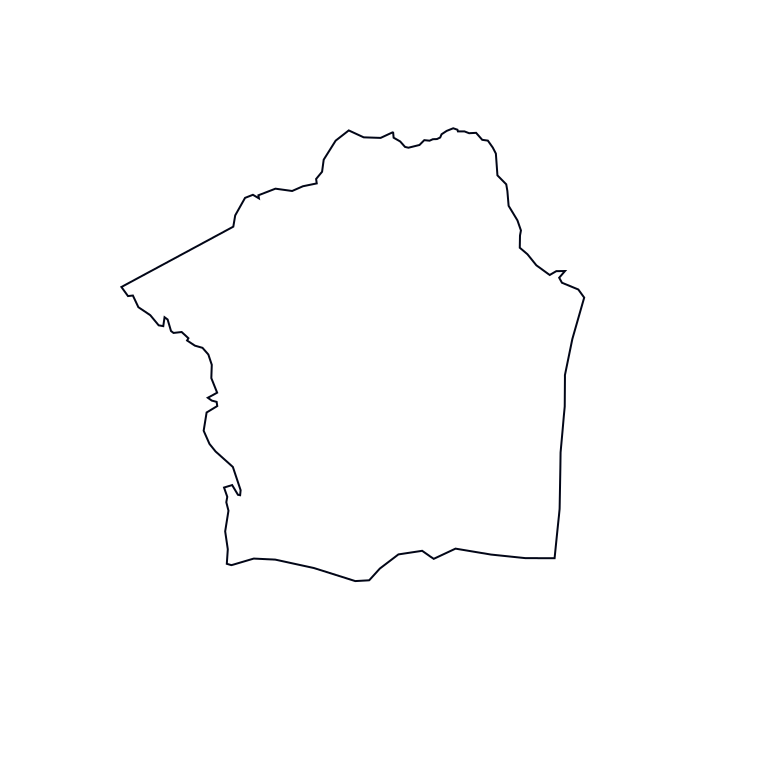 the district of Santa Isabel, Puerto Rico, rotated 320°
{"feature_id": "32010507B73228350773325", "entity_name": "Santa Isabel", "entity_type": "district", "adm_level": 2, "iso_a3": "PRI", "parent_name": "Puerto Rico", "parent_adm1": "", "projection": "natural_earth1", "projection_center": [-66.389, 17.99], "detail": "fine", "context": "isolated", "style": "outline", "palette": "ink", "viewbox_px": 768, "rotation_deg": 320, "n_neighbors": 0, "source": "geoboundaries", "source_scale": "gbopen_adm2", "svg_char_len": 1906}
<svg xmlns="http://www.w3.org/2000/svg" viewBox="0 0 768 768"><g transform="rotate(320 384 384)"><path d="M245.2,140.9L244.4,152.1L248.5,154.8L245.2,167.3L249.2,181.1L249.1,194.2L252.1,197.8L258.8,191.8L259.7,195.5L254.9,206.5L255.6,209.6L262.4,214.1L263.6,223.2L261.1,224.1L263.8,233.1L268.2,239.6L268.4,248.5L264.4,258.6L255.5,268.5L250.6,283.4L240.2,281.3L241.4,286.0L244.3,290.1L242.1,293.7L229.8,291.8L215.8,303.9L211.8,317.7L211.6,327.4L214.9,350.4L205.9,373.2L202.3,376.7L200.9,375.0L202.7,363.8L194.9,360.5L191.4,369.7L187.2,373.2L183.4,381.1L167.6,394.8L158.1,410.2L148.0,420.7L150.6,424.6L152.0,425.3L172.0,434.0L182.7,443.9L187.8,448.6L188.1,449.0L191.9,453.9L199.0,463.1L206.9,473.3L212.0,479.9L235.3,516.5L246.4,524.8L246.9,524.8L262.2,522.7L281.0,523.6L285.5,523.8L304.5,535.4L306.0,536.3L308.2,544.5L308.4,545.4L309.3,548.4L309.7,549.9L333.0,556.1L333.4,556.6L349.8,575.8L350.4,576.5L351.9,578.2L356.2,583.3L380.4,608.3L402.7,627.1L421.1,609.2L430.6,600.0L433.1,597.6L438.1,592.7L439.0,591.7L464.5,562.4L475.3,549.9L489.7,535.6L502.0,523.3L507.9,517.5L509.7,515.4L526.9,495.2L528.3,493.5L541.8,482.8L557.2,470.6L568.6,462.9L592.9,446.5L593.6,436.5L585.4,420.8L586.5,415.2L595.3,413.8L588.5,408.3L581.0,407.0L577.0,391.0L577.3,376.8L575.6,366.9L583.6,357.7L587.6,354.4L591.4,344.4L594.0,327.6L602.6,315.4L606.0,309.6L605.0,297.1L617.8,279.4L619.3,272.8L620.0,264.3L616.2,260.1L616.0,250.8L610.4,246.6L608.0,242.2L603.0,238.0L603.7,236.4L601.4,232.6L594.7,230.4L588.6,229.7L585.5,231.3L582.0,230.4L578.8,227.9L575.3,226.9L571.6,223.1L564.8,223.7L554.6,218.7L552.5,215.9L552.3,208.6L549.7,201.5L552.6,197.3L552.2,196.7L539.6,193.3L527.0,182.0L520.0,167.1L503.4,166.5L482.0,173.4L473.0,181.6L463.8,183.3L461.4,187.1L449.0,180.4L437.7,177.1L426.4,164.6L409.1,158.7L407.5,161.4L405.2,154.8L397.2,152.1L378.4,159.2L369.7,166.6L245.2,140.9Z" fill="none" stroke="#020617" stroke-width="2"/></g></svg>